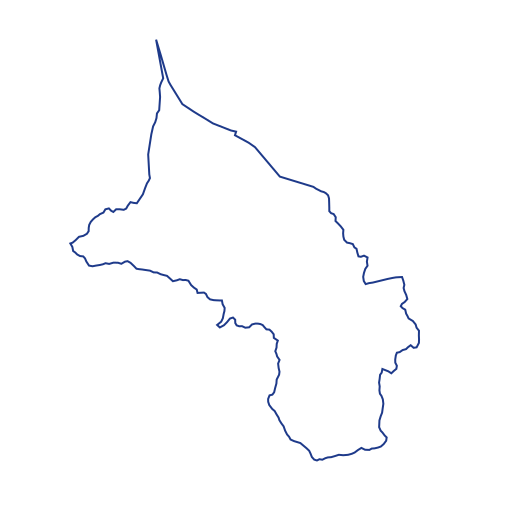 Cícero Dantas, Bahia, Brazil (Robinson projection), rotated 197°
{"feature_id": "56859067B8111110318306", "entity_name": "Cícero Dantas", "entity_type": "district", "adm_level": 2, "iso_a3": "BRA", "parent_name": "Brazil", "parent_adm1": "Bahia", "projection": "robinson", "projection_center": [-38.461, -10.521], "detail": "fine", "context": "isolated", "style": "outline", "palette": "blue", "viewbox_px": 512, "rotation_deg": 197, "n_neighbors": 0, "source": "geoboundaries", "source_scale": "gbopen_adm2", "svg_char_len": 3820}
<svg xmlns="http://www.w3.org/2000/svg" viewBox="0 0 512 512"><g transform="rotate(197 256 256)"><path d="M273.0,178.7L269.7,177.1L266.4,180.4L264.4,184.2L262.6,188.6L260.0,190.4L257.3,189.0L256.2,185.8L254.2,184.0L251.5,183.9L248.8,184.8L245.3,184.3L241.7,185.8L239.8,189.4L236.8,191.2L234.3,191.9L231.9,192.2L229.4,191.9L227.3,190.5L224.6,188.9L221.6,189.5L218.9,188.2L216.2,186.3L215.0,182.9L210.4,181.5L210.5,178.1L209.6,174.4L209.7,170.6L207.8,168.3L206.4,166.1L203.1,163.5L203.4,159.6L201.6,155.5L199.7,152.2L199.2,149.2L200.1,143.9L199.2,140.0L199.1,135.5L198.8,131.0L199.8,128.2L202.3,126.7L202.6,122.8L201.7,120.1L199.7,117.3L195.8,114.5L192.8,113.2L190.1,110.6L187.2,108.1L185.6,105.8L182.7,103.3L179.8,101.2L177.1,97.5L174.1,94.4L171.5,92.8L169.3,90.6L165.5,90.1L162.2,90.1L158.9,90.1L154.9,88.4L151.6,87.0L148.2,85.3L146.1,83.0L143.8,80.1L140.8,78.3L137.9,78.3L135.9,80.2L133.0,80.6L130.6,82.9L128.4,84.4L125.3,85.6L121.8,87.9L118.7,90.1L114.3,91.0L109.8,92.8L106.5,94.9L104.2,96.9L101.8,100.2L99.1,103.3L95.1,102.6L90.9,103.7L89.0,105.7L86.4,106.7L83.3,108.5L80.9,110.3L78.9,113.5L77.5,117.4L78.0,120.7L80.5,122.0L83.5,124.2L85.7,125.4L88.2,128.3L89.1,131.8L89.9,134.9L89.9,139.3L89.6,143.0L90.3,147.3L91.0,151.9L92.8,156.0L95.2,159.0L97.2,160.5L98.7,163.6L99.6,167.5L101.3,170.9L101.8,174.4L102.6,178.7L101.7,181.2L102.1,184.9L95.7,184.4L92.3,183.4L90.6,186.4L88.8,189.1L89.2,192.2L91.6,194.7L92.6,197.7L93.2,201.8L93.0,204.7L90.5,206.1L88.3,208.9L85.3,210.8L84.0,213.2L82.0,215.9L78.4,214.3L75.7,215.6L74.8,220.5L75.7,223.9L77.0,227.6L78.3,232.2L81.5,234.4L83.3,237.2L87.0,239.7L91.8,240.9L93.7,243.0L95.6,244.8L97.6,248.3L100.6,249.0L102.9,250.3L102.4,252.9L100.4,255.4L98.7,259.1L101.0,262.7L103.7,265.7L105.5,268.6L105.7,271.8L108.0,275.6L110.2,278.6L115.9,276.5L118.9,275.0L123.3,272.6L136.6,264.7L140.0,263.1L142.9,261.2L145.6,263.6L147.4,267.4L147.8,271.4L147.7,275.7L146.5,279.3L148.3,283.0L148.9,287.2L152.8,287.9L155.5,285.9L157.9,285.6L160.1,288.9L162.0,292.3L164.4,293.0L166.9,295.7L170.2,295.7L172.9,295.4L176.4,297.3L178.1,300.1L179.3,303.1L180.1,306.6L183.6,309.1L187.1,311.1L190.2,312.7L191.1,316.4L194.0,318.8L196.7,318.9L199.0,320.3L200.0,323.5L201.8,328.9L203.0,332.4L204.8,335.1L207.6,336.5L209.9,337.0L212.7,336.9L215.2,337.4L218.2,337.9L221.3,338.9L248.0,338.9L251.5,338.9L256.4,338.9L288.8,359.8L296.2,362.2L311.4,365.3L311.4,369.1L316.7,368.7L335.9,370.2L346.2,372.9L351.5,374.2L357.7,375.8L370.8,379.7L387.9,394.7L390.6,397.3L394.7,403.3L405.7,420.1L414.8,433.7L396.7,398.8L397.4,394.3L397.6,391.3L397.4,388.1L395.9,384.4L394.2,380.0L391.2,367.1L392.4,363.4L391.5,358.8L391.5,354.5L392.3,349.9L391.7,341.9L388.8,321.6L381.9,302.8L380.2,299.5L380.6,296.7L381.5,293.6L381.9,288.6L382.2,281.9L385.4,271.6L388.7,271.0L391.8,270.8L393.3,266.7L394.0,263.4L396.0,261.5L399.7,260.9L403.4,259.8L405.3,256.4L407.7,256.9L410.6,258.5L413.7,256.6L414.6,252.9L417.5,250.4L418.9,248.2L421.0,246.1L422.6,243.4L424.0,240.3L424.6,237.0L424.2,234.0L423.3,230.8L424.2,227.8L427.0,224.8L430.9,222.6L433.2,218.3L435.3,215.1L437.2,213.7L434.3,211.0L432.3,207.3L429.9,206.5L427.5,205.2L424.3,204.5L421.1,205.1L418.8,203.7L416.7,201.2L412.9,198.0L409.3,198.4L406.3,200.0L402.6,201.8L400.0,203.3L397.8,205.1L394.1,205.5L390.3,208.0L386.0,209.2L382.5,209.2L379.6,212.3L377.3,213.5L374.0,212.8L369.8,210.7L366.6,208.9L364.1,209.2L361.0,209.8L357.6,210.3L353.1,211.0L349.1,210.4L345.7,211.3L341.9,210.7L338.6,210.8L335.3,211.0L331.4,209.2L328.1,207.6L324.6,209.6L322.1,211.5L318.8,211.6L316.3,212.5L313.4,212.6L309.5,209.2L306.1,207.6L302.9,206.6L301.1,203.6L298.1,204.7L295.1,205.8L292.8,205.1L290.4,202.5L287.3,201.1L283.6,201.4L280.7,202.1L278.0,202.8L275.6,203.5L273.8,200.1L270.8,197.2L270.1,194.1L270.0,191.3L269.5,186.7L270.1,183.0L273.0,178.7Z" fill="none" stroke="#1e3a8a" stroke-width="2"/></g></svg>